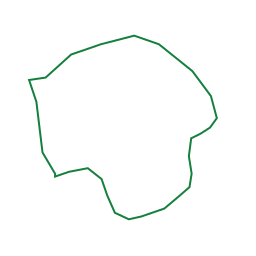 York, orthographic projection, rotated 161°
{"feature_id": "GBR-2120", "entity_name": "York", "entity_type": "Unitary Authority", "adm_level": 1, "iso_a3": "GBR", "parent_name": "United Kingdom", "parent_adm1": "", "projection": "orthographic", "projection_center": [-1.072, 53.949], "detail": "fine", "context": "isolated", "style": "outline", "palette": "green", "viewbox_px": 256, "rotation_deg": 161, "n_neighbors": 0, "source": "natural_earth", "source_scale": "10m", "svg_char_len": 490}
<svg xmlns="http://www.w3.org/2000/svg" viewBox="0 0 256 256"><g transform="rotate(161 128 128)"><path d="M144.3,40.0L156.9,41.4L168.0,52.1L169.6,70.9L169.6,88.3L179.1,103.1L198.1,105.8L212.8,105.8L211.8,108.4L216.8,132.7L206.1,182.6L205.9,205.6L189.5,202.5L157.8,216.0L126.1,216.0L92.1,213.3L71.5,197.1L48.6,160.8L39.2,131.2L40.8,108.4L50.3,101.7L61.4,99.0L71.6,97.7L79.6,81.6L82.7,64.1L89.1,52.1L102.5,46.7L119.9,40.0L144.3,40.0Z" fill="none" stroke="#15803d" stroke-width="2"/></g></svg>